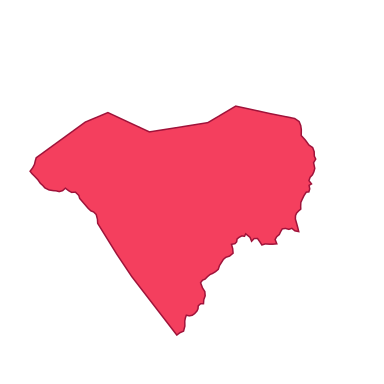 outline of Várzea da Roça, Bahia, Brazil, rotated 149°
{"feature_id": "56859067B94588370221306", "entity_name": "Várzea da Roça", "entity_type": "district", "adm_level": 2, "iso_a3": "BRA", "parent_name": "Brazil", "parent_adm1": "Bahia", "projection": "equal_earth", "projection_center": [-40.077, -11.596], "detail": "fine", "context": "isolated", "style": "filled", "palette": "rose", "viewbox_px": 384, "rotation_deg": 149, "n_neighbors": 0, "source": "geoboundaries", "source_scale": "gbopen_adm2", "svg_char_len": 1749}
<svg xmlns="http://www.w3.org/2000/svg" viewBox="0 0 384 384"><g transform="rotate(149 192 192)"><path d="M278.7,77.2L274.9,77.6L270.9,77.1L267.2,80.7L264.6,85.2L262.4,87.6L260.3,89.3L258.1,87.2L255.3,86.2L252.4,86.4L249.1,87.4L247.0,88.8L245.3,91.2L242.2,91.8L239.7,90.3L237.4,93.6L234.2,96.2L232.3,100.0L232.4,104.3L231.4,109.8L228.4,111.0L225.6,110.6L222.2,111.5L218.9,112.0L216.4,111.6L212.9,111.6L209.3,112.2L206.3,114.8L202.5,116.7L199.7,118.1L196.6,118.6L192.8,117.7L188.3,118.4L186.3,122.5L185.1,126.8L181.8,125.6L179.4,126.3L177.6,128.5L175.1,128.9L171.9,128.7L169.8,127.0L167.5,128.5L165.6,123.2L166.3,119.1L162.7,120.1L159.8,118.4L159.5,114.2L159.4,110.6L156.0,109.8L152.2,107.2L149.3,105.5L146.0,103.9L145.2,108.5L142.4,110.1L139.1,110.6L136.4,112.4L133.6,113.9L130.6,112.6L128.2,110.1L125.1,109.4L123.8,105.7L120.9,103.1L119.7,106.9L118.4,111.5L117.3,115.6L115.4,118.5L113.1,120.1L110.2,120.9L107.6,121.3L106.2,123.8L104.1,127.0L101.4,128.9L97.7,131.3L94.1,133.0L91.8,131.9L89.5,134.0L88.2,137.4L85.4,137.4L85.9,141.5L83.2,143.8L79.9,144.7L77.1,146.6L74.6,149.0L72.7,154.5L69.0,156.5L68.7,159.7L66.5,163.7L65.7,167.9L67.6,172.1L68.1,178.1L69.3,184.1L66.2,189.1L64.6,192.9L63.9,197.2L66.1,202.1L84.7,219.0L102.6,235.9L110.3,243.1L142.7,243.3L176.0,256.7L197.6,265.5L208.3,281.3L223.2,303.4L247.4,306.9L307.9,301.6L310.2,299.5L312.8,296.8L316.1,294.8L320.1,293.2L319.7,290.1L318.8,286.6L317.8,282.0L317.5,277.5L316.6,274.6L316.0,271.3L313.5,267.4L310.2,264.6L308.0,263.1L305.6,260.7L302.2,259.8L298.6,260.5L297.0,256.5L295.4,253.7L292.0,251.9L290.8,247.4L291.6,244.3L289.4,231.4L288.4,227.9L286.6,225.6L285.7,222.1L287.1,217.3L289.0,213.7L288.5,177.7L287.2,150.5L278.7,77.2Z" fill="#f43f5e" stroke="#9f1239" stroke-width="1.5"/></g></svg>